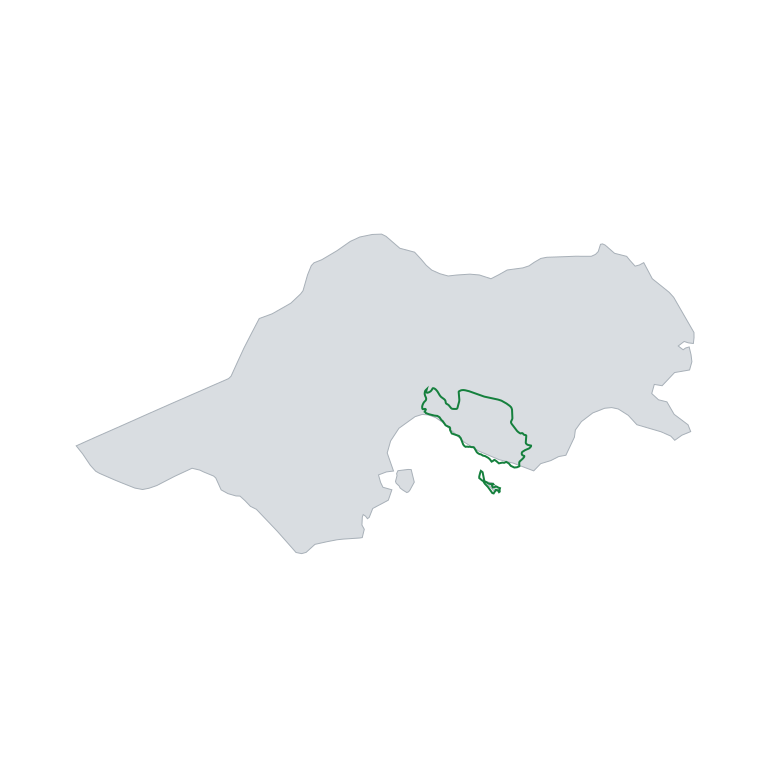 Sfax highlighted on a map of Tunisia, rotated 78°
{"feature_id": "TUN-114", "entity_name": "Sfax", "entity_type": "Governorate", "adm_level": 1, "iso_a3": "TUN", "parent_name": "Tunisia", "parent_adm1": "", "projection": "albers", "projection_center": [10.434, 34.714], "detail": "fine", "context": "in_parent", "style": "outline", "palette": "green", "viewbox_px": 768, "rotation_deg": 78, "n_neighbors": 0, "source": "natural_earth", "source_scale": "10m", "svg_char_len": 5577}
<svg xmlns="http://www.w3.org/2000/svg" viewBox="0 0 768 768"><g transform="rotate(78 384 384)"><path d="M529.7,437.2L529.6,439.6L527.2,456.4L526.6,462.4L526.4,472.6L526.5,484.9L532.5,495.2L532.8,499.8L530.5,505.1L519.6,511.2L505.5,519.2L493.3,526.7L480.0,534.9L475.9,540.1L469.2,544.2L463.7,548.2L462.7,552.1L458.8,559.4L453.7,565.3L440.9,568.1L438.6,569.8L432.6,578.6L429.9,582.1L426.5,589.3L430.8,608.1L436.1,627.4L437.1,635.5L437.0,642.1L434.0,649.3L427.1,659.7L422.0,667.2L412.3,680.8L409.4,684.1L402.6,688.1L389.7,693.3L380.5,697.9L376.0,677.0L372.3,659.2L369.2,644.5L363.7,618.7L359.1,596.7L354.6,574.8L350.5,554.9L346.4,534.9L344.6,532.0L331.6,522.4L319.7,513.5L307.3,503.4L294.0,492.4L292.1,478.9L285.6,458.4L278.6,446.9L275.9,443.8L261.4,436.1L253.1,430.5L250.9,427.3L249.5,419.0L243.9,402.4L237.5,387.3L235.2,377.1L235.3,364.3L236.9,355.2L240.0,351.3L254.5,340.3L261.4,326.7L269.6,321.8L276.7,318.0L282.5,313.6L287.7,306.5L291.7,298.8L292.5,290.4L294.4,277.2L297.2,268.0L303.3,257.5L301.0,249.0L298.1,239.8L299.3,224.0L298.6,217.6L296.2,211.8L293.8,204.5L293.9,198.4L296.7,182.6L298.8,170.4L302.2,154.7L301.2,150.2L299.0,146.9L292.4,143.2L292.4,141.1L294.1,138.8L304.1,131.3L309.6,120.1L314.1,117.8L320.9,113.9L320.7,109.5L319.3,104.7L336.8,99.7L353.6,86.0L359.5,82.6L398.1,70.1L403.1,71.1L408.7,73.0L407.0,77.8L404.8,81.6L408.0,88.3L412.7,84.3L411.5,81.5L411.2,77.8L419.2,77.6L426.2,78.2L433.8,82.2L433.2,97.4L443.5,112.3L440.6,119.7L449.0,124.1L456.5,118.8L460.3,111.0L474.0,106.5L487.1,95.1L494.3,93.9L496.0,103.2L499.5,111.3L494.6,114.3L488.3,123.0L476.4,145.1L465.4,151.6L457.1,160.1L454.4,166.2L453.6,173.2L455.7,185.8L461.8,198.7L468.8,206.4L475.6,208.8L491.5,220.9L491.3,228.2L493.6,236.8L494.5,247.3L500.1,255.6L488.3,274.0L481.9,287.2L469.2,305.4L457.9,317.3L433.5,334.8L427.5,340.6L423.6,346.7L421.7,352.9L422.4,360.4L430.4,378.6L441.1,389.4L452.1,395.2L471.1,392.8L470.5,399.9L471.8,408.3L479.6,407.8L484.8,406.5L489.1,398.3L498.5,403.9L503.4,420.9L511.4,426.2L512.3,428.2L509.5,429.5L507.4,431.5L509.7,432.9L517.4,434.9L522.0,433.5L529.7,437.2ZM489.0,389.9L487.1,390.3L483.6,392.7L481.7,393.0L476.3,390.3L474.3,390.3L471.7,388.4L472.6,378.1L473.4,375.2L486.3,374.8L493.4,380.9L494.6,382.5L494.9,384.3L491.6,387.7L489.0,389.9ZM511.8,298.5L500.7,305.0L502.8,299.4L510.1,292.7L512.0,294.3L511.8,298.5Z" fill="#d9dde1" stroke="#a8b0b8" stroke-width="1"/><path d="M492.6,268.7L493.1,271.2L492.8,273.9L490.4,277.0L487.6,278.4L485.6,280.7L486.1,282.8L485.5,284.6L485.5,288.1L482.6,290.3L481.9,291.0L481.5,291.4L481.2,291.9L482.0,293.7L482.3,294.9L479.6,296.1L477.9,297.4L475.6,300.0L474.5,302.3L473.1,303.6L472.4,305.2L471.1,306.6L470.0,307.4L465.1,309.0L464.5,309.4L464.2,310.1L464.1,311.0L463.7,312.1L463.2,313.0L463.0,314.7L462.5,315.7L462.4,317.3L461.3,318.3L459.7,319.1L452.9,320.2L450.4,321.5L446.5,328.0L443.0,328.9L442.3,328.9L441.6,328.6L440.8,328.5L439.9,328.8L439.5,329.3L439.2,329.8L437.6,331.9L436.9,332.5L436.0,332.8L432.5,334.3L431.1,335.4L428.1,336.6L426.3,338.5L425.4,341.2L422.8,346.5L421.2,349.0L420.2,349.4L419.6,350.0L418.0,348.6L417.8,348.5L417.6,348.4L417.3,348.5L417.0,348.8L416.9,349.2L416.8,349.6L416.8,350.6L416.8,350.9L416.7,351.2L416.4,351.5L416.0,351.6L415.4,351.6L413.8,351.3L412.5,350.6L411.1,349.6L410.0,348.5L409.1,347.1L408.5,346.4L408.0,346.1L407.3,345.8L406.1,345.8L405.5,345.9L404.2,346.2L402.6,346.3L402.2,346.3L401.4,346.1L400.1,345.6L399.4,345.2L398.8,344.6L397.9,343.2L399.4,344.0L400.0,344.2L400.3,344.3L400.6,344.3L400.9,344.2L401.2,344.1L401.4,343.7L401.6,343.2L401.5,342.3L401.4,341.7L401.3,341.2L400.8,340.0L400.4,339.3L399.9,338.7L398.7,337.6L398.4,337.3L398.3,337.0L398.4,336.6L398.6,336.1L399.3,335.2L400.3,334.4L402.3,333.3L406.7,331.8L408.1,331.1L408.8,330.6L411.5,328.2L412.0,327.9L412.6,327.6L412.9,327.5L413.6,327.4L415.2,327.5L415.6,327.4L415.9,327.3L416.3,327.0L417.4,325.8L418.0,325.2L421.5,323.4L421.8,323.2L422.1,322.9L422.3,322.6L422.5,322.2L422.7,321.6L423.1,320.1L423.4,318.5L423.4,318.1L423.3,317.8L422.9,317.3L422.6,317.1L416.7,314.1L415.2,313.6L407.3,312.6L407.1,312.5L406.9,312.3L406.7,312.0L406.6,311.7L406.2,309.9L406.2,309.0L406.4,307.8L406.6,307.0L407.1,305.7L408.8,302.2L417.2,288.5L422.9,275.8L423.5,274.7L424.8,272.5L428.6,268.2L431.5,265.6L433.0,264.6L433.9,264.3L435.7,264.1L444.0,265.5L444.6,265.7L445.0,265.9L447.0,267.4L447.6,267.7L448.0,267.7L448.6,267.7L449.6,267.4L457.6,263.6L459.0,262.6L460.3,261.4L460.5,261.1L460.7,260.8L460.7,260.6L460.8,260.4L460.7,259.8L460.7,259.5L460.8,259.1L460.9,258.8L461.1,258.6L462.5,257.8L462.8,257.5L463.0,257.2L463.1,256.9L463.3,256.3L463.5,256.0L463.7,255.8L463.9,255.7L464.3,255.6L470.7,257.5L471.6,257.5L472.3,257.1L472.7,256.8L473.0,256.5L473.3,256.2L473.7,255.5L474.8,253.0L475.2,253.0L475.6,253.2L476.5,254.3L476.9,255.0L477.2,255.6L477.8,258.7L478.0,259.7L479.0,262.4L479.4,263.1L479.8,263.4L480.4,263.7L481.4,263.8L482.0,263.6L482.4,263.4L483.3,262.1L483.5,261.8L483.9,261.8L484.4,262.0L485.3,263.0L486.0,264.0L488.1,267.5L489.1,268.1L492.5,268.7L492.6,268.7ZM510.9,296.8L511.6,297.1L512.0,297.7L513.8,299.5L513.2,300.7L506.2,303.8L502.5,306.1L501.2,306.6L500.6,305.1L501.6,303.9L502.8,302.8L504.0,300.8L504.2,299.6L504.2,299.0L504.2,298.2L504.8,297.9L504.9,298.7L506.0,299.5L507.8,299.1L507.9,297.1L507.4,296.1L508.0,294.9L508.8,294.1L509.4,293.2L510.0,292.2L511.3,292.9L513.3,293.2L513.7,294.0L511.8,294.7L511.5,295.2L511.1,295.8L510.9,296.8ZM489.1,307.3L489.8,306.7L490.8,305.9L499.0,306.0L499.7,307.0L498.7,308.1L495.8,310.4L494.4,310.1L492.9,309.4L490.5,308.2L489.1,307.3Z" fill="none" stroke="#15803d" stroke-width="2"/></g></svg>